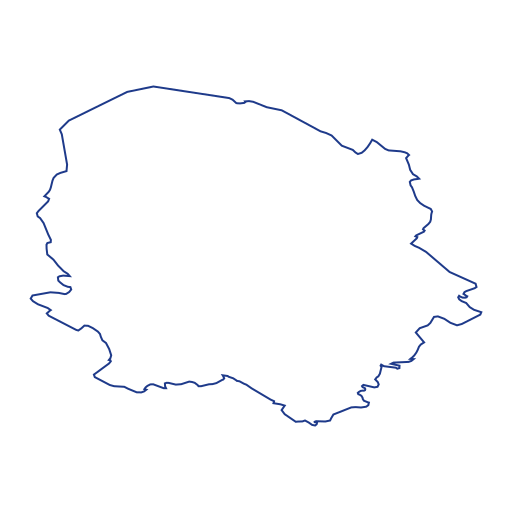 SVG path tracing the border of Northern Savonia
{"feature_id": "FIN-3178", "entity_name": "Northern Savonia", "entity_type": "Province", "adm_level": 1, "iso_a3": "FIN", "parent_name": "Finland", "parent_adm1": "", "projection": "natural_earth1", "projection_center": [27.676, 63.147], "detail": "fine", "context": "isolated", "style": "outline", "palette": "blue", "viewbox_px": 512, "rotation_deg": 0, "n_neighbors": 0, "source": "natural_earth", "source_scale": "10m", "svg_char_len": 3765}
<svg xmlns="http://www.w3.org/2000/svg" viewBox="0 0 512 512"><path d="M153.4,86.5L229.3,98.1L232.6,99.7L236.3,103.1L237.7,103.3L240.1,103.4L244.2,102.9L245.6,101.9L245.2,101.4L249.0,101.1L253.2,101.8L266.7,107.2L281.7,110.3L320.5,131.3L326.1,133.0L331.6,135.5L341.8,145.7L352.8,149.9L355.4,152.4L357.9,154.0L361.7,152.8L364.6,150.4L367.5,147.1L370.1,143.3L372.2,139.7L376.8,142.1L385.1,148.9L388.6,150.4L400.5,151.3L404.8,152.3L407.2,153.3L409.0,155.0L408.5,155.4L406.1,158.1L408.9,164.7L410.2,169.9L413.0,174.2L416.8,176.4L419.1,178.7L417.4,179.0L414.1,179.4L411.1,180.4L409.8,181.9L410.6,185.4L412.0,187.3L413.7,191.5L415.2,195.9L417.2,200.0L420.2,203.1L424.2,205.8L430.8,209.0L432.1,211.5L431.5,213.3L431.2,214.9L430.9,219.4L430.2,221.8L428.4,224.0L423.6,228.1L423.0,229.3L424.2,230.3L424.6,230.6L423.9,231.7L416.2,235.4L415.4,236.3L417.3,237.1L416.8,238.3L411.1,243.6L414.7,245.9L419.1,247.8L426.2,252.0L449.6,272.0L475.6,283.7L476.5,287.0L474.7,288.2L466.3,291.1L464.5,292.1L463.5,293.9L464.2,294.3L466.5,296.0L467.2,296.3L466.6,297.3L465.2,297.7L462.6,297.6L460.2,296.6L459.1,295.8L458.2,297.3L459.2,299.3L461.6,301.1L466.2,303.0L469.7,307.1L474.0,309.8L481.3,312.2L480.3,314.6L461.8,324.0L457.0,325.3L450.4,322.8L444.3,318.8L437.9,316.4L434.0,316.9L430.3,323.0L427.7,325.4L419.7,328.2L415.8,332.5L424.1,342.4L421.9,343.8L420.8,344.5L419.0,346.7L417.7,349.9L416.3,352.6L414.3,355.4L412.0,357.7L411.0,358.4L410.4,358.9L413.6,359.1L411.4,360.9L408.6,361.9L393.5,362.6L391.1,363.8L399.5,365.7L399.4,368.1L397.3,368.7L395.9,367.7L384.0,366.2L381.2,364.6L380.6,365.7L381.0,366.3L381.4,366.4L381.6,366.7L379.9,373.7L378.3,376.4L376.7,377.4L375.2,379.4L377.8,382.1L378.7,384.4L377.5,386.8L374.3,387.4L363.4,384.9L362.0,386.1L362.6,387.1L364.9,388.2L365.3,389.1L365.0,390.2L363.9,390.7L362.8,390.6L360.7,390.9L358.8,392.0L357.8,392.9L358.3,394.2L359.5,394.6L361.4,395.8L362.5,397.6L362.8,399.0L363.9,400.7L368.1,402.4L368.9,402.6L368.3,405.2L366.2,406.7L361.0,407.5L355.6,407.1L351.3,407.4L333.4,414.5L331.2,418.2L330.1,420.5L325.3,421.5L316.1,421.2L313.9,422.1L317.2,422.3L316.6,424.3L315.1,425.5L312.1,424.9L308.7,422.5L305.0,420.5L302.5,421.4L297.2,421.6L295.8,421.8L284.7,414.2L281.6,410.1L284.7,405.6L280.4,404.3L273.5,403.2L273.6,402.9L274.0,401.8L274.1,401.2L270.6,399.6L251.7,388.4L246.4,384.7L243.9,383.7L239.5,381.3L236.7,380.8L236.4,380.4L233.2,378.3L228.5,376.7L227.7,376.0L222.7,375.3L223.0,375.8L224.2,378.3L223.3,379.5L222.2,379.9L216.4,383.1L212.5,384.1L208.9,384.3L201.1,386.2L198.5,386.2L197.7,385.1L194.7,382.8L192.1,382.0L189.2,381.6L181.2,384.2L175.8,384.6L168.7,382.9L166.6,382.8L164.9,383.4L165.1,386.3L166.0,388.2L163.7,388.2L153.2,384.3L150.3,384.4L147.4,385.9L145.7,387.3L144.4,389.1L144.9,389.3L146.3,389.7L144.1,391.4L141.3,392.4L136.7,392.3L128.0,388.7L124.3,386.8L114.1,386.2L109.8,385.0L94.8,377.1L93.9,374.6L109.0,363.5L110.8,361.3L110.4,360.3L109.9,360.1L109.3,360.1L108.9,360.0L110.4,358.1L111.2,355.3L109.2,349.1L106.0,343.0L102.4,340.3L100.8,336.7L100.0,334.0L97.9,331.6L92.8,328.1L88.1,325.8L84.4,325.6L81.3,328.4L78.3,330.5L76.2,329.9L48.7,315.7L46.8,313.4L50.1,310.5L50.7,310.1L47.7,308.0L38.0,304.3L33.0,301.2L30.7,298.6L32.5,295.5L50.4,292.3L58.7,292.9L64.6,294.1L66.2,293.9L69.2,292.0L71.2,289.5L70.4,287.1L67.8,286.8L63.5,285.1L59.9,282.2L58.3,280.6L57.9,277.3L59.4,276.3L63.2,275.6L69.7,276.1L67.7,273.8L63.6,271.2L58.0,265.5L53.4,259.6L47.3,254.5L46.6,248.7L46.5,244.7L47.4,243.0L50.7,242.2L50.9,239.9L48.2,234.4L43.6,223.1L40.1,218.1L37.7,216.4L36.8,213.2L38.6,210.9L48.1,201.4L49.1,198.8L45.9,196.9L44.4,196.3L48.8,191.7L50.0,189.8L50.8,187.5L52.5,180.6L53.6,177.9L56.8,174.5L60.4,172.9L66.5,171.1L67.1,164.6L61.8,134.3L59.8,129.6L68.8,120.6L127.2,91.9L153.4,86.5Z" fill="none" stroke="#1e3a8a" stroke-width="2"/></svg>